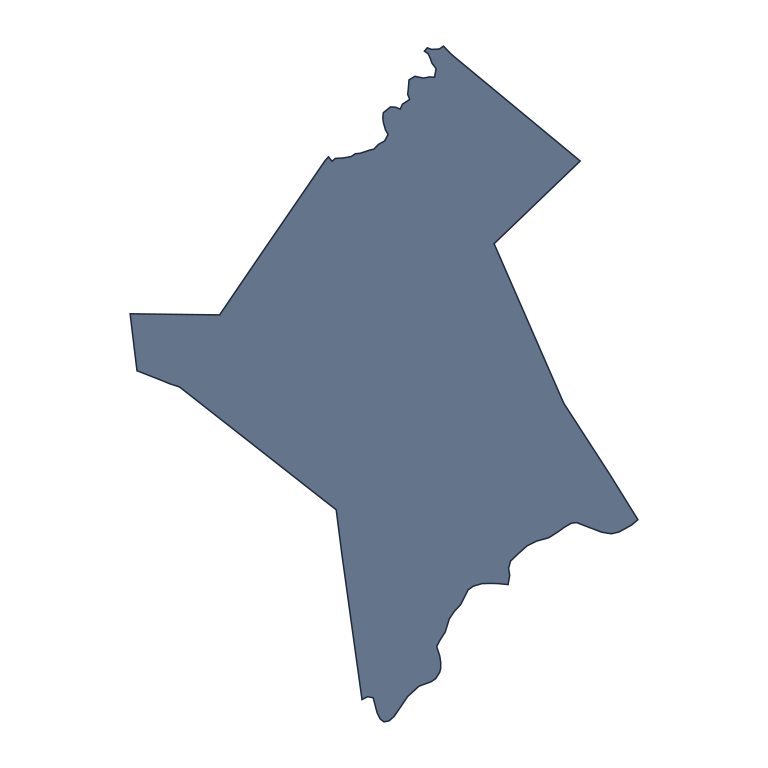 Sebastião Barros, Piauí, Brazil (Albers equal-area conic projection)
{"feature_id": "56859067B80759164390231", "entity_name": "Sebastião Barros", "entity_type": "district", "adm_level": 2, "iso_a3": "BRA", "parent_name": "Brazil", "parent_adm1": "Piauí", "projection": "albers", "projection_center": [-44.821, -10.664], "detail": "fine", "context": "isolated", "style": "filled", "palette": "slate", "viewbox_px": 768, "rotation_deg": 0, "n_neighbors": 0, "source": "geoboundaries", "source_scale": "gbopen_adm2", "svg_char_len": 1325}
<svg xmlns="http://www.w3.org/2000/svg" viewBox="0 0 768 768"><path d="M137.0,370.8L160.3,379.9L170.0,383.9L179.4,386.9L324.4,500.6L336.2,509.8L341.8,553.7L362.0,699.6L367.6,696.7L373.2,697.8L377.1,712.8L380.2,719.0L384.0,721.9L389.2,720.8L394.3,716.2L407.7,696.5L418.9,686.2L431.2,681.7L435.8,678.5L439.7,672.3L440.7,668.3L440.7,662.2L439.7,655.7L436.7,646.5L439.8,640.5L445.3,631.9L449.3,618.8L454.5,611.2L460.7,604.6L468.1,589.9L473.0,586.3L482.0,583.6L490.8,583.4L498.3,583.6L508.1,584.6L509.7,575.4L508.6,568.2L510.6,561.0L518.7,553.3L527.0,545.9L536.3,541.2L548.6,537.8L557.8,532.0L564.0,527.5L571.3,523.2L576.6,522.6L601.6,532.2L611.3,533.8L619.0,532.0L631.5,525.1L637.9,519.7L610.0,474.7L563.8,403.3L543.2,356.3L494.1,243.7L580.2,161.0L454.8,57.2L450.2,53.2L443.5,46.1L439.3,49.0L431.5,49.4L427.3,47.8L424.4,51.2L428.2,53.8L430.6,59.2L431.9,63.1L436.1,68.7L434.5,77.2L429.5,76.9L423.5,78.1L414.9,76.3L409.0,79.9L408.3,88.6L407.7,94.4L409.7,99.4L402.4,104.2L400.2,109.1L395.6,107.2L390.5,106.9L383.3,112.7L382.8,117.9L383.4,122.6L385.5,130.0L388.1,134.4L384.6,141.0L378.4,144.4L373.8,149.2L369.5,150.1L365.0,151.7L359.9,153.3L355.3,153.7L351.1,156.6L342.7,158.0L335.3,158.4L332.0,161.3L328.5,156.8L325.0,160.7L259.4,256.4L219.6,314.9L130.1,313.8L137.0,370.8Z" fill="#64748b" stroke="#1e293b" stroke-width="1.5"/></svg>